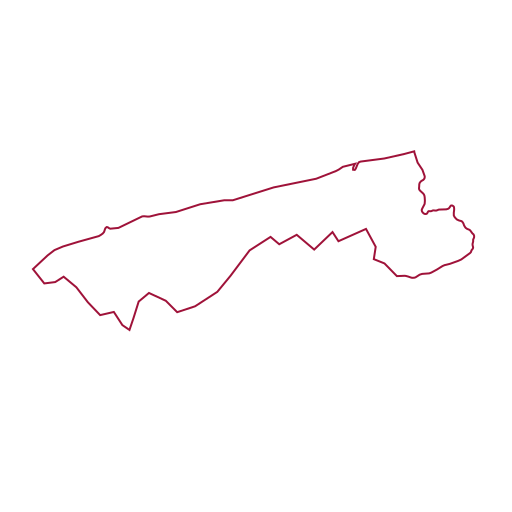 Atsinanana, Albers equal-area conic projection, rotated 237°
{"feature_id": "MDG-5868", "entity_name": "Atsinanana", "entity_type": "Autonomous Province", "adm_level": 1, "iso_a3": "MDG", "parent_name": "Madagascar", "parent_adm1": "", "projection": "albers", "projection_center": [48.339, -18.983], "detail": "fine", "context": "isolated", "style": "outline", "palette": "rose", "viewbox_px": 512, "rotation_deg": 237, "n_neighbors": 0, "source": "natural_earth", "source_scale": "10m", "svg_char_len": 2651}
<svg xmlns="http://www.w3.org/2000/svg" viewBox="0 0 512 512"><g transform="rotate(237 256 256)"><path d="M366.5,61.8L370.0,81.6L370.7,90.2L369.1,99.3L364.6,115.0L358.3,135.0L358.2,137.3L358.3,139.6L358.8,141.4L359.4,142.3L360.8,144.0L361.4,145.0L361.6,146.5L360.9,147.3L359.6,147.8L358.3,148.6L354.5,155.9L351.2,182.1L350.3,183.8L347.9,186.8L347.0,188.4L343.9,197.4L336.5,212.8L329.8,237.4L320.0,259.8L315.4,266.8L303.9,308.2L288.0,348.6L283.7,369.4L283.4,372.5L283.5,377.4L279.4,389.3L278.6,387.7L277.1,385.5L275.5,384.4L274.4,385.7L274.9,387.2L277.9,391.5L278.6,393.5L278.2,395.2L267.9,416.7L260.8,435.9L257.6,445.7L256.5,445.2L246.3,442.4L237.6,442.5L231.3,441.0L230.4,440.6L229.3,439.5L228.9,438.5L228.7,437.6L228.8,436.8L228.8,435.1L228.6,434.3L228.1,433.0L227.7,432.5L227.1,431.9L225.0,430.4L224.3,429.8L223.5,429.3L222.7,429.1L221.4,429.2L217.5,430.2L216.7,430.3L215.9,430.3L214.6,430.0L213.1,429.3L210.3,427.7L208.2,426.1L207.7,425.6L205.1,421.0L204.7,420.5L204.3,420.0L203.6,419.7L202.9,419.5L201.7,419.5L200.9,419.7L200.2,419.9L199.6,420.3L199.1,420.7L198.8,421.3L198.5,421.9L198.5,422.6L198.8,423.2L199.4,424.3L199.6,424.9L199.5,425.4L198.7,426.4L198.4,427.0L198.1,427.6L197.9,429.1L197.6,429.7L196.4,431.2L196.0,431.8L195.6,433.2L195.5,434.0L195.3,434.7L191.5,441.0L191.1,442.4L190.9,443.2L191.0,443.9L191.2,444.6L192.0,446.4L192.1,447.1L191.8,447.6L191.4,448.1L190.8,448.4L190.1,448.7L189.3,448.7L188.2,448.2L186.9,447.4L184.5,445.4L182.3,444.0L181.6,443.9L180.4,443.8L178.9,444.0L177.4,444.3L176.8,444.6L175.1,445.7L173.7,447.0L173.2,447.4L172.5,447.6L171.7,447.7L170.8,447.7L170.0,447.6L168.5,447.2L166.9,447.1L166.1,447.1L165.3,447.2L164.6,447.5L164.0,447.7L161.8,449.2L161.1,449.5L160.4,449.6L157.1,449.8L155.7,450.2L154.9,450.1L154.1,449.9L153.3,449.4L152.7,448.9L152.3,448.3L151.9,447.7L151.6,447.2L151.1,446.8L150.0,446.1L149.5,445.6L148.2,444.2L147.6,443.8L147.0,443.5L145.0,442.8L144.6,442.4L144.1,441.9L143.4,439.9L143.0,439.3L142.6,438.9L142.2,438.3L141.9,437.2L141.3,426.3L141.8,422.9L143.8,414.4L145.1,410.6L145.6,409.3L146.0,406.9L146.1,400.3L146.6,394.0L147.1,391.8L150.5,385.6L150.9,384.2L151.2,383.0L151.2,378.4L151.4,377.4L151.7,376.7L152.4,375.5L152.7,375.0L153.7,374.1L155.8,372.5L157.7,370.8L158.5,369.8L162.4,363.2L179.8,359.7L189.2,353.1L198.5,361.4L218.8,363.0L223.5,333.2L234.4,333.2L229.7,308.3L251.6,301.7L253.2,281.9L264.1,278.6L264.2,253.7L253.3,223.9L247.0,204.0L247.0,177.5L251.8,159.3L267.5,156.0L283.3,146.1L281.7,132.8L270.7,119.5L262.9,109.6L270.8,106.3L286.5,106.3L291.3,93.1L308.7,89.8L327.6,88.3L343.4,83.4L343.5,73.4L348.3,63.5L366.5,61.8Z" fill="none" stroke="#9f1239" stroke-width="2"/></g></svg>